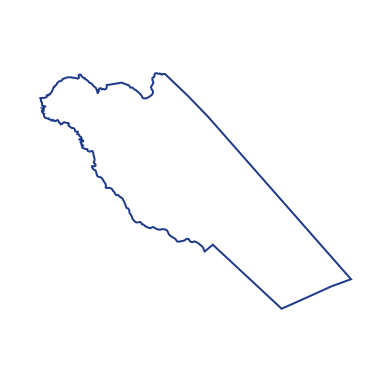 outline of Vaimauga East, Tuamasaga, Samoa, rotated 318°
{"feature_id": "51752279B75699078159302", "entity_name": "Vaimauga East", "entity_type": "district", "adm_level": 2, "iso_a3": "WSM", "parent_name": "Samoa", "parent_adm1": "Tuamasaga", "projection": "equal_earth", "projection_center": [-171.732, -13.895], "detail": "fine", "context": "isolated", "style": "outline", "palette": "blue", "viewbox_px": 384, "rotation_deg": 318, "n_neighbors": 0, "source": "geoboundaries", "source_scale": "gbopen_adm2", "svg_char_len": 3534}
<svg xmlns="http://www.w3.org/2000/svg" viewBox="0 0 384 384"><g transform="rotate(318 192 192)"><path d="M248.8,84.4L247.5,83.6L247.4,82.4L246.4,82.0L245.0,79.8L243.9,79.2L242.8,79.6L241.2,81.1L240.3,81.1L238.9,80.7L238.2,81.4L237.2,83.0L237.0,84.1L236.0,85.2L231.7,86.6L230.6,89.3L230.5,90.8L229.2,92.3L227.7,92.8L226.6,92.9L224.2,92.7L221.4,92.1L219.9,91.2L218.6,89.9L218.3,88.8L218.9,87.1L219.1,85.2L219.0,83.2L218.5,78.9L217.7,76.9L217.7,74.8L217.4,74.2L216.4,73.7L216.1,72.9L216.5,71.0L216.3,70.0L215.8,69.6L214.6,66.7L213.6,65.4L213.3,64.0L200.2,55.5L199.7,56.2L197.2,57.9L195.8,57.4L195.0,56.1L193.8,55.5L193.8,54.0L192.4,53.1L191.9,53.6L190.7,53.4L190.4,54.6L189.2,54.4L188.7,55.4L188.2,55.2L189.6,52.2L190.2,50.1L189.8,47.8L189.9,46.1L189.7,43.7L188.9,41.7L189.0,39.3L188.7,38.0L188.2,37.0L188.1,36.3L188.5,35.8L188.0,35.1L187.5,33.5L187.4,31.8L187.9,30.8L187.6,30.0L186.7,29.3L185.9,29.3L184.5,31.4L183.3,31.4L182.8,31.2L182.5,30.4L180.8,28.2L179.8,27.2L178.7,25.7L176.4,23.7L174.7,22.7L173.3,22.3L171.3,21.5L169.7,22.0L168.6,21.7L167.2,20.8L164.9,20.8L163.5,21.4L162.2,21.6L161.2,21.4L160.1,21.9L159.9,21.5L159.0,21.7L156.5,23.0L155.0,23.6L152.5,24.2L151.9,23.8L151.5,24.2L150.1,24.1L149.6,23.9L149.6,23.3L148.7,23.0L148.4,23.9L147.1,24.1L145.2,23.2L142.8,21.2L142.0,20.8L141.7,22.3L140.6,23.2L140.4,25.0L139.0,27.0L138.6,27.3L138.6,28.0L140.0,29.6L140.0,30.2L138.3,29.6L137.7,30.9L137.1,30.8L136.7,30.1L136.6,32.0L136.1,32.3L135.5,31.1L134.4,31.6L134.1,32.2L134.5,33.0L134.0,34.1L134.5,35.0L133.6,35.4L132.8,36.8L132.5,38.4L133.8,40.8L134.6,41.2L134.4,42.1L135.4,43.7L135.3,44.8L136.8,45.2L136.7,46.6L137.5,46.9L138.0,47.9L140.3,48.6L140.3,49.9L139.7,51.2L140.1,52.9L139.8,54.0L141.1,54.5L142.2,54.4L143.7,54.6L145.3,57.2L146.2,58.0L146.1,59.1L144.8,59.6L144.7,60.4L145.4,63.9L146.4,64.8L146.9,66.0L146.4,67.9L145.8,68.7L146.8,70.2L147.4,70.6L147.2,71.3L145.5,72.2L146.4,73.7L145.8,75.5L146.4,76.8L146.2,77.8L145.8,78.1L143.6,77.7L143.9,78.6L144.6,79.6L145.3,79.8L145.4,81.2L144.8,81.5L143.2,80.5L142.5,80.4L142.3,81.2L142.1,82.3L142.1,84.6L141.5,84.6L141.1,83.8L140.2,85.6L140.4,86.5L140.9,86.9L141.1,88.0L141.7,89.0L142.9,90.1L142.1,91.4L142.1,91.9L143.0,93.6L145.0,94.5L145.4,95.2L144.6,97.2L143.8,98.2L141.8,102.2L140.2,103.7L139.0,104.0L138.6,104.8L138.8,106.2L138.5,107.4L137.8,107.9L136.4,107.4L135.7,106.4L134.9,106.0L134.3,106.7L133.9,108.6L134.0,109.5L134.5,110.7L134.6,111.8L133.7,113.9L132.8,115.5L132.3,117.2L133.0,118.5L134.0,120.0L134.2,122.7L133.6,125.0L133.2,127.6L132.9,128.8L132.0,129.9L131.1,130.6L130.8,131.3L132.0,132.5L133.2,133.4L134.1,134.8L134.5,136.1L134.1,138.3L134.2,139.8L133.5,143.2L133.7,143.7L134.6,144.2L135.1,145.0L135.2,147.3L135.9,149.3L136.0,150.2L134.4,155.9L132.8,159.5L132.9,160.3L133.5,161.3L133.2,163.2L132.8,164.2L131.5,165.8L131.3,168.6L130.0,172.0L129.7,173.5L129.8,176.5L130.7,177.8L133.5,179.7L133.7,181.4L133.2,182.5L134.0,183.4L134.5,186.6L136.5,190.8L138.0,191.4L139.2,191.6L139.9,192.5L140.8,195.4L141.4,196.7L142.4,197.9L143.7,199.1L145.2,199.8L146.4,201.1L147.3,202.6L147.7,203.6L147.3,205.7L146.5,207.9L146.6,210.0L147.1,212.1L147.9,214.3L148.2,216.2L147.9,219.0L149.1,220.1L150.6,221.1L153.0,222.5L155.1,223.2L156.7,223.2L157.9,224.5L158.0,225.5L157.6,226.6L157.8,228.4L158.8,229.7L160.7,230.2L162.3,233.6L163.0,238.1L163.2,239.5L162.8,241.3L162.0,243.3L161.7,244.7L172.2,245.1L180.5,338.7L203.0,346.0L215.5,350.0L232.8,355.5L251.8,363.2L254.3,147.3L253.3,118.3L250.9,86.3L249.9,85.3L248.7,84.8L248.8,84.4Z" fill="none" stroke="#1e3a8a" stroke-width="2"/></g></svg>